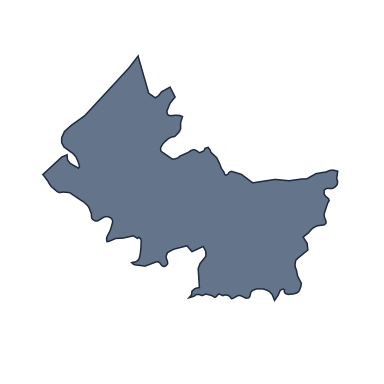 Coimbra, Albers equal-area conic projection, rotated 28°
{"feature_id": "PRT-752", "entity_name": "Coimbra", "entity_type": "District", "adm_level": 1, "iso_a3": "PRT", "parent_name": "Portugal", "parent_adm1": "", "projection": "albers", "projection_center": [-8.26, 40.222], "detail": "fine", "context": "isolated", "style": "filled", "palette": "slate", "viewbox_px": 384, "rotation_deg": 28, "n_neighbors": 0, "source": "natural_earth", "source_scale": "10m", "svg_char_len": 3138}
<svg xmlns="http://www.w3.org/2000/svg" viewBox="0 0 384 384"><g transform="rotate(28 192 192)"><path d="M52.1,246.6L60.6,222.3L64.2,217.8L66.9,222.0L70.9,223.9L80.5,224.3L80.6,222.0L76.7,218.3L73.1,215.5L68.9,213.9L57.9,212.4L53.8,209.7L51.4,205.1L51.0,198.4L54.2,189.6L61.5,174.9L78.0,112.4L80.6,97.2L81.1,97.9L107.4,125.1L115.3,126.1L117.2,122.8L118.1,117.7L123.4,109.7L132.5,116.1L131.0,123.7L131.2,126.8L131.9,132.5L133.6,134.7L135.6,135.3L137.7,134.4L141.7,131.8L145.4,130.1L148.2,129.9L149.4,136.1L152.2,141.4L152.5,143.6L152.3,145.6L151.0,150.2L150.6,151.1L149.6,152.0L148.8,152.5L147.5,153.8L146.2,155.8L144.3,160.6L143.6,163.8L143.5,166.7L143.9,168.6L145.5,170.6L159.5,172.2L161.3,170.8L163.5,168.7L164.6,165.8L170.1,158.8L171.4,156.2L173.4,153.9L175.1,153.4L180.3,153.8L183.2,150.0L183.0,147.3L185.2,145.0L187.9,146.2L190.2,148.1L197.6,150.1L203.2,154.1L207.0,157.5L210.8,159.4L212.7,161.2L214.2,161.2L214.8,160.4L215.4,159.0L215.5,157.5L216.2,156.2L217.2,155.2L227.3,153.2L241.3,155.4L259.4,141.9L272.4,136.5L282.8,129.0L287.1,126.6L292.8,117.6L300.9,111.4L303.5,108.3L306.0,106.5L310.9,105.2L313.4,112.3L315.0,113.5L316.3,115.8L316.7,118.0L315.7,121.0L314.3,123.0L312.4,124.1L310.3,124.9L308.6,126.4L307.9,128.5L309.6,131.7L311.7,133.0L315.8,133.9L317.2,135.3L317.0,138.1L319.0,149.5L320.6,151.9L324.1,155.0L324.9,156.6L324.3,158.8L318.9,162.7L316.8,165.2L315.1,168.5L314.0,173.4L311.3,179.6L317.8,183.3L321.5,188.8L316.4,201.1L315.7,203.6L316.9,207.4L318.2,209.6L320.7,211.8L324.8,216.7L331.4,221.3L332.5,224.5L332.8,226.7L333.0,228.5L332.8,230.3L331.9,232.0L329.8,234.1L325.0,237.3L322.6,237.8L320.9,237.3L320.0,236.1L319.6,235.0L318.4,234.8L317.3,235.6L316.1,237.4L316.5,242.7L315.8,249.0L311.1,245.0L308.9,244.1L306.7,243.5L303.8,243.6L300.4,244.2L294.7,247.1L291.8,250.3L291.0,252.9L292.1,257.2L291.7,258.9L289.4,260.5L284.7,260.6L282.8,260.9L281.1,262.1L278.0,266.8L276.8,267.7L275.7,267.1L274.3,266.5L272.6,266.4L270.5,266.9L269.3,267.5L268.0,269.0L264.5,269.3L263.3,269.7L262.9,271.5L262.5,273.0L261.7,274.3L257.7,274.2L252.2,275.6L249.6,278.7L246.4,279.2L245.2,279.8L243.5,281.0L242.9,282.9L239.0,286.8L239.9,282.9L239.6,282.5L239.2,281.2L238.5,279.6L239.7,276.4L240.7,275.1L243.4,272.9L233.4,256.7L232.7,251.3L234.4,242.4L233.5,240.4L232.0,238.0L230.5,236.8L227.4,234.9L220.0,244.7L212.8,241.9L202.6,251.2L198.8,257.0L199.0,258.9L199.4,261.2L200.2,262.3L203.1,265.0L204.2,266.8L203.6,269.5L202.2,271.0L200.1,271.2L196.3,269.5L193.8,269.9L185.3,279.5L175.5,283.2L173.5,283.2L171.9,282.7L173.0,281.6L174.8,280.4L176.1,278.3L176.6,275.7L175.6,271.6L173.2,265.5L170.0,258.8L168.3,257.3L166.2,257.0L165.7,258.6L160.8,258.2L152.9,265.0L146.5,268.8L142.1,274.3L140.4,275.8L139.3,274.7L138.3,273.0L137.9,270.6L137.9,265.6L137.6,262.7L136.0,255.6L134.5,253.8L132.8,253.1L131.4,253.0L129.6,253.2L127.8,254.0L126.2,255.3L122.4,261.6L121.7,262.2L120.4,262.9L117.9,263.0L116.2,262.4L115.5,261.9L113.3,258.5L109.2,254.8L106.3,253.0L101.3,251.6L96.6,251.3L84.3,250.0L78.3,252.5L75.4,254.7L73.0,255.0L65.3,253.3L61.9,251.6L59.7,250.1L53.6,247.2L52.2,246.6L52.1,246.6Z" fill="#64748b" stroke="#1e293b" stroke-width="1.5"/></g></svg>